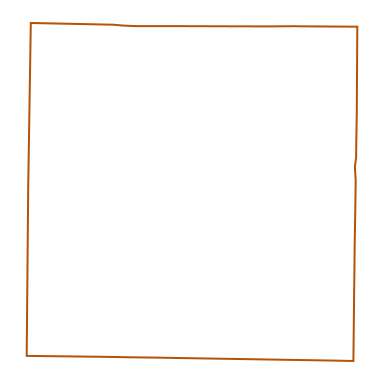 Tarrant, Texas, United States of America
{"feature_id": "52423323B78708010643826", "entity_name": "Tarrant", "entity_type": "district", "adm_level": 2, "iso_a3": "USA", "parent_name": "United States of America", "parent_adm1": "Texas", "projection": "mercator", "projection_center": [-97.198, 32.771], "detail": "fine", "context": "isolated", "style": "outline", "palette": "amber", "viewbox_px": 384, "rotation_deg": 0, "n_neighbors": 0, "source": "geoboundaries", "source_scale": "gbopen_adm2", "svg_char_len": 542}
<svg xmlns="http://www.w3.org/2000/svg" viewBox="0 0 384 384"><path d="M30.8,23.0L28.2,188.7L26.7,355.9L103.0,356.8L131.5,357.3L155.3,357.6L177.6,358.0L322.5,360.4L340.4,360.7L344.3,360.8L353.4,361.0L354.2,287.4L354.5,264.6L354.5,264.4L354.6,251.5L354.8,237.9L355.4,201.4L355.4,201.1L355.7,181.1L354.9,166.6L356.1,157.9L356.3,142.3L356.5,130.5L356.8,110.9L357.3,26.7L298.7,26.3L295.2,26.2L271.2,26.4L262.5,26.4L228.1,26.3L168.1,26.1L150.8,26.1L135.6,26.1L123.7,25.6L112.9,24.7L30.8,23.0Z" fill="none" stroke="#b45309" stroke-width="2"/></svg>